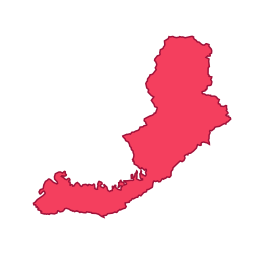 the district of Tsoelikana, Qacha's Nek, Lesotho, rotated 353°
{"feature_id": "5366337B78317491468351", "entity_name": "Tsoelikana", "entity_type": "district", "adm_level": 2, "iso_a3": "LSO", "parent_name": "Lesotho", "parent_adm1": "Qacha's Nek", "projection": "robinson", "projection_center": [28.859, -29.907], "detail": "fine", "context": "isolated", "style": "filled", "palette": "rose", "viewbox_px": 256, "rotation_deg": 353, "n_neighbors": 0, "source": "geoboundaries", "source_scale": "gbopen_adm2", "svg_char_len": 5939}
<svg xmlns="http://www.w3.org/2000/svg" viewBox="0 0 256 256"><g transform="rotate(353 128 128)"><path d="M25.0,191.1L25.1,192.7L27.0,193.0L27.3,195.3L28.3,195.2L28.3,196.1L29.5,196.8L29.5,197.2L28.7,197.8L28.8,198.3L31.3,199.5L31.3,200.3L31.7,200.4L31.4,200.7L31.4,201.8L34.5,203.2L35.0,203.0L36.5,203.6L37.8,203.5L39.3,204.1L40.1,203.6L41.3,203.5L44.5,204.3L47.1,203.7L48.1,201.7L48.6,201.6L50.3,203.0L53.0,202.8L54.8,201.3L55.3,200.4L57.0,200.2L59.4,201.2L61.2,202.8L62.4,203.1L62.7,203.7L63.8,203.7L64.7,204.5L67.1,204.0L67.2,204.4L68.4,204.7L70.0,206.0L70.9,205.6L73.9,206.7L75.9,207.0L76.7,206.2L81.5,207.5L81.8,208.2L85.8,208.9L88.4,210.1L91.0,212.5L93.2,213.7L92.8,212.0L95.9,211.9L97.4,210.6L102.2,210.6L104.8,209.8L106.1,210.4L106.8,210.3L107.7,209.3L110.1,207.9L110.6,208.4L113.2,207.5L115.4,207.2L116.7,205.8L116.0,204.2L116.1,202.0L120.2,201.8L120.6,200.8L122.3,200.1L123.7,198.6L124.8,199.0L127.7,197.8L129.2,197.9L130.3,196.2L131.4,196.2L132.5,196.9L135.7,194.0L138.5,193.5L139.4,191.5L140.9,191.5L144.7,189.9L145.1,189.4L146.0,185.9L146.9,184.0L147.4,183.8L148.9,184.5L151.0,184.1L151.9,185.2L152.7,185.2L153.5,185.1L155.9,182.5L157.2,183.2L157.9,182.4L159.2,182.5L160.8,181.3L163.3,182.0L164.9,180.5L165.4,177.0L166.1,175.7L167.2,174.9L167.9,172.9L175.4,167.3L175.9,167.1L177.6,168.0L179.5,167.1L180.9,164.8L180.6,162.7L181.0,162.2L182.9,161.4L184.1,162.0L184.8,160.6L187.1,160.6L190.1,158.9L193.4,156.3L195.0,153.0L197.4,154.1L198.6,153.8L198.5,152.5L199.3,151.4L201.3,151.1L204.8,152.5L206.8,154.1L206.9,152.6L206.4,149.7L207.1,148.5L207.6,145.0L208.9,142.7L208.6,141.2L209.1,140.5L210.6,140.9L213.5,139.2L214.1,138.0L215.4,137.6L219.0,137.5L223.8,135.4L224.4,135.4L225.6,136.0L226.3,134.4L227.7,134.1L231.0,131.7L230.8,130.3L229.2,129.2L229.3,128.4L227.8,128.2L226.8,127.5L227.0,126.8L228.9,125.8L229.1,125.0L227.7,122.6L228.5,121.5L228.2,120.0L228.5,117.9L227.8,117.6L225.7,118.3L222.9,117.7L222.0,115.4L220.7,114.9L220.7,113.7L222.1,110.9L220.4,109.8L219.9,108.6L218.9,107.5L217.6,106.9L214.8,106.6L214.1,106.3L214.0,105.6L212.7,105.5L211.6,105.0L209.8,105.0L208.1,103.6L206.3,103.1L205.8,102.5L206.0,101.0L209.1,100.5L209.6,99.4L210.3,99.6L210.6,98.9L211.2,98.8L211.7,96.1L212.3,95.7L215.1,95.7L215.9,95.2L216.9,92.4L216.0,89.8L216.9,88.8L217.4,87.5L214.8,86.6L214.9,85.5L214.1,84.6L214.1,83.8L214.8,78.6L215.2,77.6L216.2,77.0L216.2,71.5L216.8,69.4L214.0,67.4L216.0,66.1L217.0,66.6L218.4,66.4L218.4,65.5L218.0,64.7L220.0,63.9L220.5,61.7L220.3,59.9L218.2,56.6L218.6,55.1L216.2,53.9L215.6,53.9L214.0,55.0L212.4,54.7L211.1,53.8L209.0,51.4L207.3,51.0L206.3,49.3L204.6,47.9L203.9,46.3L204.2,45.7L203.4,45.0L202.2,44.8L195.7,45.4L193.5,44.3L192.3,44.3L190.3,43.6L189.7,44.1L187.1,44.2L185.2,43.6L183.7,42.6L180.8,42.7L179.8,42.3L178.9,44.2L174.8,46.0L174.7,49.5L174.3,50.8L173.0,52.1L172.4,53.3L169.6,54.3L168.7,57.3L168.9,58.4L168.7,59.0L167.4,59.8L166.0,59.9L163.0,62.8L162.6,64.2L163.6,65.7L164.3,68.2L163.8,69.8L162.4,71.6L163.1,73.5L159.3,77.3L158.1,77.8L156.4,77.9L155.6,79.5L153.5,81.5L152.9,83.9L152.2,84.3L151.1,86.0L151.5,90.5L152.8,92.0L153.1,92.8L152.5,93.9L152.3,94.9L155.1,98.6L157.4,100.3L154.5,103.4L156.8,107.8L157.1,110.0L159.4,111.2L159.2,112.5L157.3,116.2L157.2,116.5L155.9,116.4L155.3,117.4L153.7,118.3L151.1,118.8L145.4,120.9L144.9,122.8L146.3,124.4L146.2,125.3L146.9,126.6L147.0,127.2L146.6,127.5L143.9,127.8L143.0,128.6L140.1,128.6L139.0,130.7L137.9,131.5L134.9,132.1L133.5,132.8L131.3,132.7L129.6,134.4L129.0,134.0L126.7,134.3L126.1,134.1L121.8,135.3L121.9,136.0L123.9,138.8L124.1,140.2L126.6,141.9L127.4,144.0L127.6,146.2L128.9,148.1L128.6,149.2L129.2,150.0L129.2,150.5L130.2,151.5L130.1,153.1L130.6,154.9L130.4,156.6L129.5,159.0L128.7,159.7L129.5,160.7L129.3,161.0L128.9,160.9L128.9,161.5L129.4,161.6L129.6,162.4L130.0,162.6L129.7,164.4L133.3,167.1L133.5,168.1L134.2,168.4L134.3,169.1L135.7,170.3L136.2,170.1L136.4,169.2L136.8,169.1L139.2,171.8L139.5,171.9L140.1,171.1L141.1,171.4L141.0,172.9L140.0,173.9L140.4,176.5L139.5,177.7L138.4,177.4L137.5,176.4L136.5,176.1L135.6,174.1L135.7,173.4L136.1,172.9L135.9,172.1L135.6,172.1L135.2,173.9L134.2,175.0L134.1,178.5L134.8,180.1L136.2,180.3L136.1,181.2L133.4,181.5L130.5,179.7L130.4,179.0L130.9,177.8L131.2,174.8L131.8,173.5L131.8,172.1L131.4,171.6L130.5,173.5L129.5,174.2L128.7,177.0L128.2,177.5L127.0,177.5L127.0,175.2L126.7,174.7L125.8,174.7L125.4,175.1L125.2,178.4L126.7,178.4L127.2,179.4L127.1,180.3L126.3,180.6L124.7,180.3L120.5,180.3L117.6,179.9L117.5,181.2L118.9,181.1L119.8,183.3L119.4,183.7L117.3,184.1L117.3,182.6L117.0,181.7L115.1,180.8L114.5,179.1L113.8,179.4L113.2,180.9L112.1,181.1L112.0,183.3L111.1,185.6L111.6,185.7L113.2,184.4L115.3,185.0L113.7,186.6L113.7,188.3L113.3,188.8L110.8,187.7L109.0,186.2L108.3,184.6L108.7,184.3L108.8,183.5L108.2,183.2L106.4,185.4L105.9,184.0L105.4,184.0L105.2,184.7L105.5,185.9L104.9,186.9L104.8,188.1L103.1,188.2L102.1,188.8L100.6,187.7L100.2,186.9L99.8,184.1L97.5,181.3L97.1,181.5L97.5,183.4L96.3,184.4L94.2,183.3L93.5,182.5L93.4,182.0L94.3,181.0L95.3,180.7L95.6,179.6L95.0,178.6L92.8,177.4L92.3,177.8L91.1,180.0L91.2,181.8L90.2,183.9L90.3,185.0L89.6,185.1L88.7,184.8L87.6,183.9L87.9,183.3L87.7,182.2L87.9,180.4L87.3,179.5L85.4,180.5L82.4,179.2L81.6,179.4L81.5,180.0L81.1,180.3L79.4,178.8L76.4,178.8L75.3,180.1L74.5,180.3L73.4,179.2L72.9,177.9L71.1,175.9L69.2,176.7L67.2,179.0L66.1,179.0L66.0,177.9L64.4,177.0L63.5,178.3L63.9,174.7L62.8,174.4L62.6,174.0L63.0,173.1L64.1,172.5L63.6,171.0L62.6,170.7L60.9,171.8L59.4,171.2L57.9,169.3L55.9,167.9L56.5,167.3L59.4,168.1L60.8,167.6L61.1,166.9L60.3,165.7L60.3,163.6L59.6,163.3L57.5,164.7L55.5,163.4L53.9,163.3L50.3,164.6L49.0,167.6L49.0,169.8L51.2,172.8L51.3,174.5L50.5,174.8L47.4,172.9L44.9,169.9L43.5,169.0L42.9,169.0L41.3,170.2L39.6,170.9L37.5,174.2L36.4,177.9L33.4,178.5L31.9,180.6L32.4,182.5L33.2,182.8L35.9,180.6L36.9,180.4L37.8,181.9L37.7,183.0L35.4,184.8L29.3,188.0L26.8,190.4L25.0,191.1Z" fill="#f43f5e" stroke="#9f1239" stroke-width="1.5"/></g></svg>